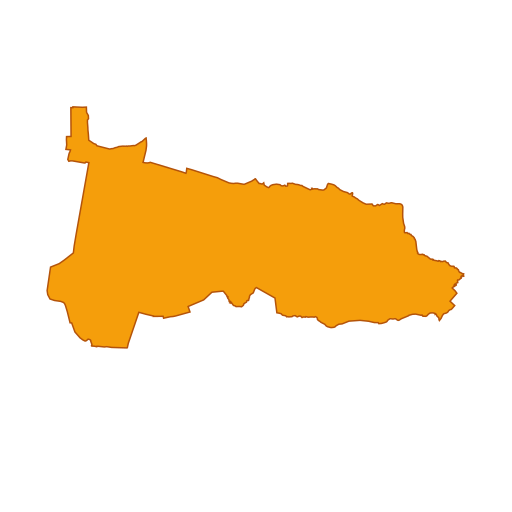 outline of Nicolae Balcescu, Bacau, Romania, rotated 190°
{"feature_id": "2599482B89029653208955", "entity_name": "Nicolae Balcescu", "entity_type": "district", "adm_level": 2, "iso_a3": "ROU", "parent_name": "Romania", "parent_adm1": "Bacau", "projection": "mercator", "projection_center": [26.867, 46.473], "detail": "fine", "context": "isolated", "style": "filled", "palette": "amber", "viewbox_px": 512, "rotation_deg": 190, "n_neighbors": 0, "source": "geoboundaries", "source_scale": "gbopen_adm2", "svg_char_len": 6045}
<svg xmlns="http://www.w3.org/2000/svg" viewBox="0 0 512 512"><g transform="rotate(190 256 256)"><path d="M121.6,332.0L122.5,332.3L123.8,332.4L127.3,331.7L131.4,332.0L132.2,331.9L133.8,331.1L134.8,330.9L136.7,331.0L137.3,330.5L138.4,329.3L139.2,329.2L140.7,329.5L143.2,327.2L144.7,327.8L145.3,327.8L146.9,326.1L149.1,325.8L149.7,326.2L150.4,327.2L151.0,327.3L156.5,326.1L160.1,327.0L164.5,328.8L166.0,329.8L168.1,330.5L169.7,331.3L171.3,331.6L171.7,331.8L171.8,332.3L171.6,334.0L171.8,334.7L172.0,335.0L172.5,334.9L173.1,334.4L173.8,333.4L174.8,333.2L176.9,334.3L181.1,334.7L185.0,335.9L186.6,337.1L187.9,337.5L190.2,339.0L191.7,339.6L194.3,339.9L197.3,340.0L197.8,339.3L198.0,338.7L198.5,335.4L198.7,334.9L199.5,334.3L199.9,333.5L200.6,332.9L201.5,332.5L206.0,332.3L206.9,332.8L210.4,332.3L211.9,331.7L212.0,332.2L212.5,332.5L212.8,332.4L212.4,331.9L212.6,331.6L213.8,330.7L214.7,330.7L222.1,332.8L223.0,333.4L224.4,333.2L226.3,333.6L228.0,333.6L229.4,333.4L232.8,334.0L234.2,333.5L235.5,333.4L237.4,333.0L237.2,331.3L237.2,330.6L237.4,330.3L239.0,329.9L239.6,330.6L240.1,330.7L241.0,330.0L242.2,329.6L243.5,329.6L244.3,330.2L245.0,330.4L248.3,330.3L251.7,329.2L253.4,328.2L254.5,327.0L255.0,325.9L255.6,325.5L257.5,326.0L260.2,327.2L261.1,329.4L262.0,328.3L262.6,327.9L264.9,328.1L265.5,327.9L268.7,330.7L269.9,331.9L270.3,331.9L270.4,331.4L271.5,330.6L273.2,329.0L280.1,324.5L286.7,324.5L288.5,324.2L290.7,323.5L292.9,323.3L295.3,323.3L304.0,325.3L307.6,326.4L311.8,326.8L334.3,329.8L339.4,330.3L339.2,326.7L339.4,325.3L343.8,326.0L376.5,329.9L377.2,329.4L378.9,328.8L381.2,328.5L383.5,328.6L382.7,341.0L382.8,343.1L382.9,345.3L383.3,347.7L384.0,350.6L384.7,353.1L385.3,352.7L388.1,349.0L389.5,348.1L389.8,347.7L393.6,344.2L395.0,343.5L395.9,343.5L399.0,342.5L401.1,342.1L401.9,341.6L402.5,341.8L403.4,341.5L406.6,341.0L410.3,339.9L411.5,339.0L413.5,338.2L415.4,337.0L417.0,336.6L418.6,335.9L431.8,336.9L433.1,338.2L435.2,338.5L440.8,341.0L442.2,346.7L443.4,350.9L444.0,353.7L445.2,358.3L445.6,360.7L444.8,362.1L445.5,365.2L446.7,366.7L447.3,367.3L447.9,368.4L448.9,373.2L452.8,372.3L462.2,371.1L462.1,370.3L464.1,370.0L458.9,341.6L463.3,340.7L462.9,337.7L461.7,332.5L461.7,328.0L457.1,328.3L457.3,326.3L457.6,325.7L457.9,324.0L458.1,318.4L456.8,316.8L455.1,317.5L453.4,317.8L441.1,317.8L440.4,318.0L439.8,319.0L436.8,318.9L436.9,246.5L436.8,234.5L436.4,227.3L444.1,218.7L448.5,214.3L456.4,209.4L455.7,185.7L454.4,181.8L451.4,177.9L446.7,177.2L440.5,177.4L437.4,176.8L436.2,175.8L435.1,174.2L432.2,168.5L427.5,157.9L425.9,158.1L421.1,149.7L415.0,144.8L412.0,143.3L409.7,142.6L409.1,142.7L408.2,143.3L407.0,144.9L406.5,145.0L404.8,144.7L404.2,144.3L403.9,143.3L402.4,140.7L402.2,140.0L402.4,139.0L402.1,138.8L399.5,139.1L397.1,139.0L397.0,139.5L395.4,139.7L389.5,140.1L387.3,140.8L382.3,140.9L367.6,143.0L366.8,143.3L366.6,147.9L361.6,180.2L354.2,179.5L346.5,179.1L346.5,178.7L337.0,180.5L336.2,178.7L329.9,181.3L327.2,182.0L324.7,183.0L311.3,189.4L314.1,194.5L299.9,203.7L293.1,212.7L283.1,215.5L282.0,215.6L277.9,212.0L277.7,211.7L277.6,211.2L277.3,211.1L277.2,210.8L276.5,210.9L276.4,210.5L276.6,209.9L276.5,209.6L275.1,208.3L274.6,206.7L274.2,206.2L273.8,206.2L273.5,206.9L273.3,206.9L273.1,206.8L272.9,206.1L272.6,206.0L273.1,205.4L272.7,205.4L272.5,205.2L272.2,205.5L271.8,205.5L269.6,203.4L267.8,203.2L266.9,202.7L263.6,203.4L261.4,203.5L260.0,205.1L259.7,205.9L259.6,207.0L257.5,208.8L257.2,209.4L257.3,210.0L257.2,210.4L256.7,210.8L255.7,210.9L255.5,211.5L255.6,213.0L255.3,213.6L255.4,215.4L254.9,216.7L254.2,217.5L252.3,219.2L251.5,223.1L251.1,224.0L250.1,225.0L230.0,217.9L225.6,203.7L223.1,203.7L221.2,203.5L219.9,202.5L219.3,202.3L216.4,202.3L215.2,201.4L214.1,201.8L213.2,201.7L210.0,202.5L209.3,203.3L207.9,203.9L206.7,204.1L206.1,203.6L204.8,203.2L202.9,204.4L201.5,204.5L200.0,203.4L198.7,204.2L196.6,204.4L196.3,205.0L194.0,204.8L191.4,205.5L188.9,205.9L188.2,205.8L187.0,206.6L185.6,206.2L184.9,205.6L184.4,204.1L183.3,203.3L181.7,202.7L180.6,202.0L176.4,200.7L174.7,199.3L173.3,198.8L170.4,198.5L169.3,198.6L166.9,199.3L165.8,200.0L165.1,201.1L162.6,203.2L159.4,204.1L153.1,208.0L142.4,210.7L133.9,211.3L127.9,211.0L124.0,211.6L123.3,210.7L120.9,211.3L118.3,212.5L116.3,213.6L115.7,214.2L115.1,215.6L113.3,217.4L112.6,217.6L110.2,217.7L108.2,218.4L107.6,218.4L105.7,217.5L104.9,217.3L104.0,217.6L101.9,219.5L95.3,223.7L95.2,224.1L91.7,225.8L88.7,226.5L83.2,226.3L82.3,226.7L81.9,226.6L81.7,226.3L81.8,226.1L81.5,225.8L81.0,225.7L78.2,226.1L77.3,226.8L76.1,228.7L74.6,230.1L72.6,230.6L71.8,230.7L70.3,230.6L69.9,230.4L69.5,229.7L69.1,230.3L68.3,229.7L67.3,228.2L66.0,227.4L65.1,226.6L64.7,225.0L64.2,224.3L62.9,226.7L62.1,229.8L61.1,231.7L58.8,232.8L57.5,233.9L56.6,235.8L55.6,236.8L54.7,237.1L53.9,238.0L51.7,241.7L57.1,245.2L51.7,254.2L53.9,256.3L57.2,258.5L57.2,258.8L56.4,259.6L56.1,260.1L56.1,260.5L55.4,260.4L55.0,260.6L55.2,261.7L55.7,262.1L55.4,262.6L54.9,262.1L53.9,261.9L53.7,262.3L54.4,263.4L54.2,263.9L53.9,264.2L52.7,264.8L52.7,265.1L53.4,266.9L53.2,267.5L52.1,267.6L51.2,268.5L51.0,269.2L50.1,269.7L50.1,269.9L50.5,270.5L50.5,270.8L49.8,271.1L49.8,271.4L50.3,271.8L49.6,272.6L48.4,272.0L47.9,272.2L48.0,272.5L48.5,273.1L48.4,274.5L50.3,274.6L51.7,275.3L52.6,275.2L53.4,276.0L54.0,276.8L54.1,277.3L54.5,277.7L55.4,277.9L55.7,278.5L56.7,279.0L58.5,278.8L59.1,280.1L60.2,280.2L61.2,279.8L63.2,280.1L64.7,281.2L65.5,282.5L67.3,282.7L68.7,283.9L70.3,283.5L71.1,282.9L72.4,282.9L73.0,282.5L73.6,282.7L74.0,283.2L75.2,283.2L75.4,282.6L75.8,282.4L76.8,282.7L80.2,282.7L80.7,283.3L81.4,282.9L81.7,283.5L83.6,283.2L87.7,285.5L88.7,285.5L90.2,285.8L90.6,286.4L91.1,286.5L91.6,286.2L92.2,286.6L92.7,286.6L93.5,286.1L95.2,285.9L96.0,286.0L96.9,286.4L97.4,286.9L97.2,287.6L97.9,288.3L98.8,290.3L101.1,298.0L102.3,300.2L103.0,300.5L103.3,301.4L104.7,302.5L106.6,303.2L107.1,304.1L108.6,304.2L109.3,304.9L110.4,304.5L111.3,305.3L113.3,304.7L114.0,305.2L114.4,307.2L114.3,309.3L114.7,310.8L116.3,313.7L118.2,319.5L118.8,322.6L119.9,329.7L120.7,331.3L121.6,332.0Z" fill="#f59e0b" stroke="#b45309" stroke-width="1.5"/></g></svg>